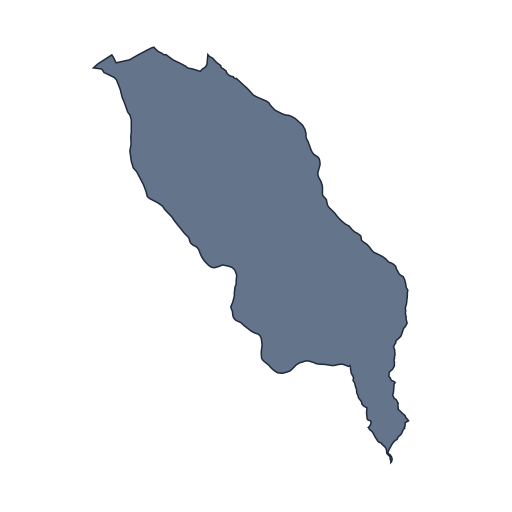 the district of Eftimie Murgu, Caras-Severin, Romania, rotated 356°
{"feature_id": "2599482B78671432327822", "entity_name": "Eftimie Murgu", "entity_type": "district", "adm_level": 2, "iso_a3": "ROU", "parent_name": "Romania", "parent_adm1": "Caras-Severin", "projection": "albers", "projection_center": [22.178, 44.83], "detail": "fine", "context": "isolated", "style": "filled", "palette": "slate", "viewbox_px": 512, "rotation_deg": 356, "n_neighbors": 0, "source": "geoboundaries", "source_scale": "gbopen_adm2", "svg_char_len": 6093}
<svg xmlns="http://www.w3.org/2000/svg" viewBox="0 0 512 512"><g transform="rotate(356 256 256)"><path d="M215.9,65.5L213.2,67.9L205.1,64.7L201.1,63.8L198.7,61.5L193.0,58.0L187.1,54.7L180.3,48.9L177.9,48.8L176.8,47.6L172.5,45.0L169.6,41.8L168.8,40.6L166.3,41.1L161.8,43.0L152.5,47.1L143.4,51.5L129.9,53.5L127.8,48.3L126.2,45.3L111.7,53.3L106.9,57.0L114.2,58.5L115.5,59.2L117.1,62.3L127.0,68.0L129.1,70.5L132.1,80.1L133.6,88.6L134.9,92.2L136.0,95.9L137.0,99.6L138.0,103.3L140.2,107.0L141.1,111.4L140.2,123.8L139.4,128.4L139.2,135.9L137.5,142.3L138.2,152.8L139.7,159.5L142.9,163.7L148.7,177.0L150.8,183.9L151.7,189.1L153.9,191.3L161.8,196.1L166.2,199.7L168.1,203.1L174.9,211.3L176.8,214.8L186.1,228.2L189.6,232.3L190.6,234.1L190.7,235.3L191.0,236.5L191.3,237.6L191.8,238.7L194.2,241.0L195.4,241.6L196.5,242.3L197.5,243.1L198.4,244.1L199.6,246.4L200.2,248.8L201.0,251.0L201.9,253.3L203.0,255.4L204.1,257.2L205.4,258.9L206.8,260.5L208.2,262.1L209.0,262.8L211.2,264.3L213.9,264.8L218.0,263.9L222.1,262.6L227.8,264.2L231.2,265.7L233.1,267.5L234.1,269.1L235.4,273.7L234.4,279.8L234.4,282.1L232.8,285.9L231.7,292.0L231.7,294.1L229.6,300.4L227.3,304.9L227.5,306.0L227.7,307.1L228.1,308.1L228.5,309.1L228.8,314.2L229.5,316.4L231.4,318.8L236.3,321.4L238.8,324.2L246.1,330.7L247.7,331.7L249.3,332.7L251.0,333.4L252.8,334.1L254.4,335.7L255.2,337.6L255.3,337.8L255.7,340.9L255.8,343.9L255.8,345.7L254.6,351.8L254.5,352.8L254.4,355.7L254.5,358.6L255.9,360.9L261.4,366.1L262.7,368.0L263.5,368.9L265.3,370.8L266.4,371.8L269.3,374.0L274.2,374.9L279.8,373.7L282.3,372.8L285.6,370.1L288.8,367.2L292.3,365.5L295.1,365.0L297.8,364.2L301.2,364.4L305.4,366.0L309.4,367.9L313.6,368.6L316.9,368.9L324.3,370.6L326.5,370.7L328.5,370.3L330.6,370.0L332.7,369.9L334.7,369.9L340.7,372.6L342.1,371.9L342.2,372.8L342.5,373.7L342.4,375.8L342.6,376.4L342.6,376.9L342.7,378.2L342.8,379.4L343.8,381.8L344.3,382.6L344.5,383.5L344.7,384.1L344.7,384.7L344.5,385.4L344.2,386.2L344.2,387.2L345.4,389.2L345.7,390.6L346.2,393.4L346.2,393.8L346.4,394.0L347.0,396.4L346.9,398.0L347.0,399.5L347.4,400.8L348.2,402.8L348.2,404.3L349.1,405.7L351.0,408.7L351.3,411.1L352.8,413.0L354.3,414.1L356.1,415.2L355.4,419.4L355.3,421.6L355.5,423.7L355.4,425.0L355.8,426.5L355.8,427.0L357.0,427.7L358.8,428.5L359.1,430.5L358.9,431.3L358.3,432.5L357.3,433.9L356.0,434.9L356.6,435.6L357.2,437.1L358.3,438.0L359.7,439.5L360.7,441.3L362.1,444.6L364.6,449.3L365.4,450.1L366.4,450.7L367.6,451.2L368.1,451.5L368.4,452.3L369.0,453.0L371.5,455.7L372.3,457.1L372.6,458.6L372.7,461.5L372.7,462.0L373.7,463.1L374.3,464.1L375.1,464.8L375.5,465.6L375.7,466.3L375.6,467.2L375.7,468.2L376.1,469.2L376.2,470.1L376.1,471.4L376.7,470.8L377.2,469.7L377.6,468.5L377.5,467.3L377.2,465.9L376.2,464.1L375.8,463.6L374.8,462.8L373.8,461.6L373.8,461.3L374.3,460.2L375.3,458.3L377.4,455.1L378.7,453.0L379.6,451.9L381.7,450.0L382.2,449.6L383.3,449.2L383.9,448.8L384.8,447.0L385.3,446.4L385.9,445.9L387.7,444.5L388.8,443.4L389.7,441.5L390.7,439.8L391.4,438.8L392.4,438.1L392.3,437.8L392.0,437.2L392.1,436.9L392.7,436.4L392.8,435.9L393.0,435.0L393.1,433.1L393.3,432.6L393.5,432.4L394.1,432.3L394.6,431.8L395.7,431.6L396.3,431.3L396.7,431.0L394.8,428.3L394.2,427.7L393.5,425.5L393.2,425.1L391.2,423.3L387.1,418.7L387.3,418.5L387.3,417.9L387.1,414.8L387.2,414.2L387.5,413.3L387.6,412.7L387.2,412.2L386.5,410.6L386.0,409.5L385.9,409.2L385.0,408.4L383.9,407.7L383.5,406.3L382.8,405.0L382.7,404.4L382.8,403.7L383.5,402.0L383.8,400.3L384.2,397.9L384.2,397.1L384.6,395.6L384.6,394.5L384.6,394.1L384.9,393.3L385.7,392.5L385.9,392.2L385.7,391.5L385.2,391.0L384.4,390.5L382.9,389.9L382.4,389.5L382.2,389.3L381.2,386.5L381.0,386.3L380.3,385.7L380.1,385.5L380.1,385.3L380.1,384.8L380.5,383.9L380.5,383.4L380.5,382.4L380.7,381.6L381.1,381.0L381.6,380.6L384.5,378.3L384.9,377.5L386.2,375.7L386.4,375.2L386.4,374.1L386.7,372.0L386.7,371.3L386.4,369.8L386.4,369.2L387.0,367.9L387.1,366.2L387.3,365.5L387.7,364.7L387.8,363.6L387.7,361.2L387.8,359.3L387.7,358.7L387.2,357.6L387.0,356.7L387.0,356.3L387.1,355.9L387.6,354.5L388.6,353.4L389.2,352.6L389.4,352.1L389.5,351.0L389.7,350.6L390.4,349.9L393.7,347.2L395.1,345.9L395.6,344.8L396.6,342.3L398.2,338.6L398.6,338.1L399.6,337.3L400.4,336.4L401.2,335.0L402.1,333.5L401.5,330.3L401.3,329.2L401.4,328.1L401.6,326.7L401.4,326.3L401.1,325.2L401.1,323.1L401.2,322.5L401.5,321.2L401.5,319.8L401.3,318.7L401.3,318.3L402.0,316.4L402.1,315.9L402.8,314.3L402.9,313.2L403.4,311.4L403.4,310.1L404.0,308.0L404.1,306.7L404.4,304.2L404.4,303.1L405.1,300.9L405.0,300.5L403.8,298.2L403.6,297.4L403.5,295.3L403.3,293.6L402.8,291.2L402.7,290.1L402.3,289.1L401.8,288.0L401.4,286.8L400.3,286.2L399.3,285.5L398.3,284.7L397.5,283.8L396.5,281.4L395.3,279.1L394.6,276.0L393.8,275.1L392.6,273.9L391.1,272.8L389.6,272.0L388.0,271.4L386.7,269.8L385.4,268.2L383.9,266.8L382.3,265.5L378.1,262.9L373.7,260.5L372.1,258.7L370.0,255.3L367.5,252.1L366.1,251.1L364.7,250.0L363.5,248.9L362.3,247.6L362.3,246.5L362.2,245.4L362.1,244.2L361.8,243.1L359.0,240.6L357.3,239.6L355.6,238.4L354.2,237.0L350.7,232.4L348.9,231.4L347.3,230.3L345.9,229.0L344.3,227.5L342.5,225.5L340.8,223.4L339.2,221.3L337.8,219.0L332.0,212.4L331.6,211.7L331.1,210.7L330.8,209.7L330.1,204.6L326.8,200.3L326.6,198.3L326.8,196.2L327.0,194.2L327.1,192.2L327.0,190.1L325.9,185.9L324.1,182.1L323.5,179.7L323.4,177.5L326.3,169.3L326.3,167.8L326.3,166.3L326.1,164.9L325.8,163.4L324.7,161.6L321.2,158.9L320.6,158.3L319.7,157.1L319.0,155.8L318.1,153.3L316.0,145.7L315.0,143.5L314.2,141.2L314.4,137.2L313.7,133.2L311.5,128.6L304.7,121.6L304.0,121.1L301.4,119.4L298.7,118.0L296.9,117.7L295.2,117.3L293.5,116.7L291.9,115.9L285.5,112.1L283.8,110.3L282.2,108.3L280.7,106.3L279.5,104.1L277.4,102.3L268.2,97.6L264.6,95.3L259.0,88.2L254.4,83.5L248.9,77.5L248.0,77.6L247.5,77.5L246.4,76.8L245.9,75.6L245.4,75.4L243.8,75.0L241.8,73.9L240.8,72.8L240.0,72.1L239.7,71.1L239.2,70.4L239.2,69.7L238.9,69.1L237.6,68.0L236.4,66.9L234.9,66.1L234.1,64.8L234.1,63.6L231.1,61.0L229.2,59.1L226.5,55.6L223.6,53.8L222.0,51.7L220.6,60.6L219.8,62.6L219.0,63.5L218.1,64.3L217.1,65.0L215.9,65.5Z" fill="#64748b" stroke="#1e293b" stroke-width="1.5"/></g></svg>